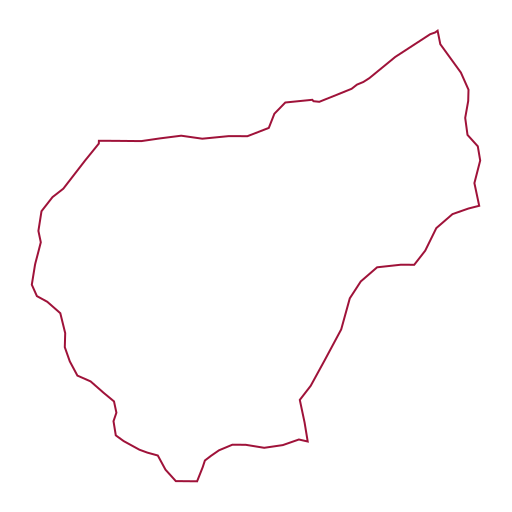 the district of Sinhung, Hamgyŏng-namdo, North Korea
{"feature_id": "82179303B53420606691311", "entity_name": "Sinhung", "entity_type": "district", "adm_level": 2, "iso_a3": "PRK", "parent_name": "North Korea", "parent_adm1": "Hamgyŏng-namdo", "projection": "natural_earth1", "projection_center": [127.653, 40.262], "detail": "fine", "context": "isolated", "style": "outline", "palette": "rose", "viewbox_px": 512, "rotation_deg": 0, "n_neighbors": 0, "source": "geoboundaries", "source_scale": "gbopen_adm2", "svg_char_len": 1185}
<svg xmlns="http://www.w3.org/2000/svg" viewBox="0 0 512 512"><path d="M307.7,441.5L304.6,422.6L299.8,399.9L310.7,385.8L324.6,360.4L341.2,329.4L349.8,298.3L360.8,281.4L377.1,267.3L401.0,264.7L414.2,264.8L425.2,250.7L436.3,228.1L452.5,214.1L468.5,208.5L479.2,205.8L474.4,183.1L480.2,160.5L477.8,146.3L467.5,134.9L465.2,117.9L468.2,101.0L468.5,89.7L460.9,72.6L450.6,58.4L440.3,44.2L437.6,30.7L435.1,32.5L430.2,34.2L395.3,56.9L369.4,78.1L363.3,82.0L357.0,84.6L351.6,88.8L319.3,101.8L313.5,101.2L312.3,99.8L285.3,102.5L274.4,113.7L268.8,127.9L247.4,136.2L228.9,136.1L202.3,138.7L181.2,135.7L159.9,138.4L141.3,141.1L120.1,140.9L106.8,140.8L98.9,140.8L98.8,143.6L85.1,160.5L74.2,174.6L63.3,188.7L52.5,197.1L41.5,211.2L38.4,230.9L40.8,242.3L37.9,253.6L35.4,263.1L35.0,264.9L31.8,284.7L36.9,296.1L47.3,301.8L60.3,313.2L65.2,333.1L64.8,347.2L69.8,361.4L77.4,375.6L90.6,381.4L103.6,392.8L114.0,401.4L116.4,412.7L113.5,421.2L115.8,435.4L123.7,441.1L139.4,449.7L147.3,452.6L157.8,455.5L165.5,469.7L175.8,481.1L197.1,481.3L202.7,467.2L204.9,460.5L210.9,455.9L219.0,450.3L232.4,444.7L245.7,444.8L264.2,447.8L282.8,445.1L298.9,439.5L307.7,441.5Z" fill="none" stroke="#9f1239" stroke-width="2"/></svg>